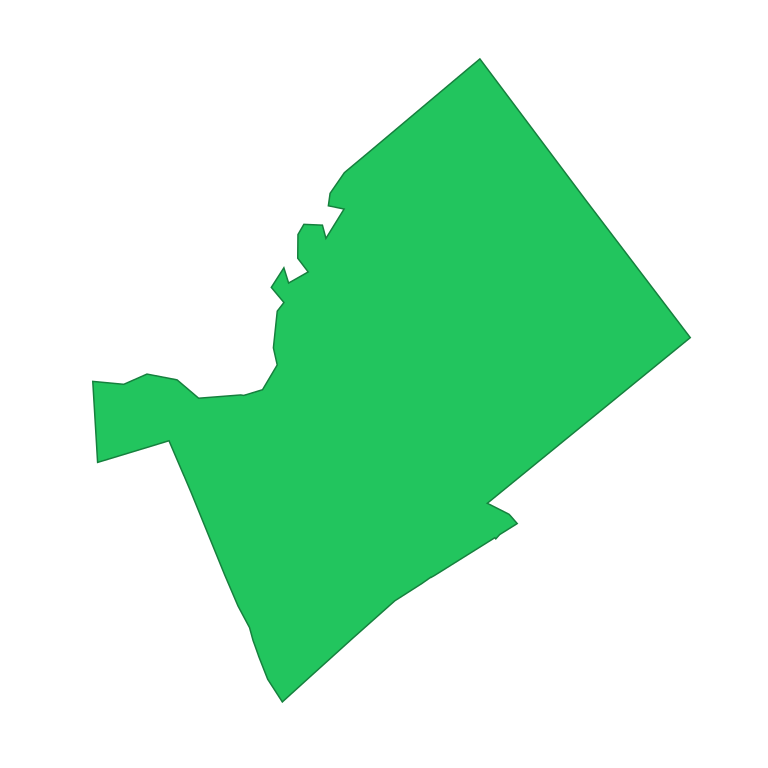 Chatham, North Carolina, United States of America (Natural Earth projection), rotated 141°
{"feature_id": "52423323B14354117939390", "entity_name": "Chatham", "entity_type": "district", "adm_level": 2, "iso_a3": "USA", "parent_name": "United States of America", "parent_adm1": "North Carolina", "projection": "natural_earth1", "projection_center": [-79.146, 35.696], "detail": "fine", "context": "isolated", "style": "filled", "palette": "green", "viewbox_px": 768, "rotation_deg": 141, "n_neighbors": 0, "source": "geoboundaries", "source_scale": "gbopen_adm2", "svg_char_len": 1059}
<svg xmlns="http://www.w3.org/2000/svg" viewBox="0 0 768 768"><g transform="rotate(141 384 384)"><path d="M104.9,576.3L109.5,576.2L118.8,576.1L254.3,573.6L254.7,573.6L281.7,573.2L305.9,566.1L315.1,557.5L304.9,545.1L337.5,533.7L331.9,546.2L345.8,558.5L356.8,554.3L371.9,536.0L372.4,518.8L394.6,522.5L388.7,537.3L410.8,530.0L410.5,510.3L421.1,507.8L447.2,481.7L455.0,466.0L482.0,456.0L500.2,463.4L501.0,464.3L501.5,464.8L501.8,465.2L502.3,465.7L537.0,489.6L542.2,517.4L562.0,540.9L586.4,547.5L608.7,569.3L644.3,519.5L645.3,518.1L655.5,503.9L655.9,503.3L586.8,475.2L597.1,438.9L597.1,438.7L602.0,421.6L602.2,420.9L628.0,335.7L637.2,303.2L641.8,279.3L647.2,267.0L648.7,262.6L652.3,252.4L652.7,251.4L660.2,227.7L663.1,200.9L651.1,201.6L650.9,201.6L627.7,202.9L568.5,206.1L512.0,208.7L479.8,205.1L469.3,204.4L469.3,204.1L465.1,203.4L394.6,194.8L394.6,193.3L388.8,194.2L368.3,191.7L368.3,191.8L368.7,202.7L368.8,203.0L368.8,203.3L368.8,204.0L378.8,226.3L116.8,227.3L111.5,400.4L111.2,408.4L104.9,576.3Z" fill="#22c55e" stroke="#15803d" stroke-width="1.5"/></g></svg>